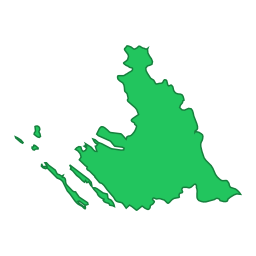 map outline of Zadarska (Equal Earth projection)
{"feature_id": "HRV-1493", "entity_name": "Zadarska", "entity_type": "County", "adm_level": 1, "iso_a3": "HRV", "parent_name": "Croatia", "parent_adm1": "", "projection": "equal_earth", "projection_center": [15.553, 44.407], "detail": "fine", "context": "isolated", "style": "filled", "palette": "green", "viewbox_px": 256, "rotation_deg": 0, "n_neighbors": 0, "source": "natural_earth", "source_scale": "10m", "svg_char_len": 5847}
<svg xmlns="http://www.w3.org/2000/svg" viewBox="0 0 256 256"><path d="M147.9,48.2L147.5,49.3L147.9,53.1L149.5,56.1L151.4,58.8L152.5,61.7L151.9,64.3L149.9,65.2L147.5,65.9L145.8,68.0L146.0,70.5L147.3,73.1L150.2,77.6L150.8,78.4L153.6,80.1L154.5,81.5L155.2,83.0L156.2,84.0L157.9,83.8L159.1,83.4L161.1,83.3L162.1,83.0L163.0,82.0L163.6,80.7L164.4,79.8L165.9,79.9L166.7,80.7L167.8,85.0L168.7,85.9L169.7,85.6L170.7,85.1L171.5,85.2L172.8,86.8L173.7,90.6L175.2,92.7L176.4,93.4L177.9,93.9L180.7,94.2L182.1,94.9L183.0,96.3L183.6,98.2L184.0,100.2L182.9,100.8L182.4,102.8L180.5,105.1L179.6,107.5L182.0,109.9L184.4,110.2L188.6,108.4L191.1,108.8L192.4,110.5L193.2,113.1L193.8,116.1L196.7,123.5L197.5,126.4L197.5,128.7L196.8,129.8L195.1,131.0L195.0,132.2L195.4,131.7L196.7,131.8L198.9,132.3L201.3,133.8L202.5,134.9L202.9,136.4L202.6,138.9L202.2,140.2L201.0,142.7L200.7,144.3L200.8,146.6L201.9,151.3L204.1,157.9L206.0,160.5L211.1,165.6L212.8,168.3L215.4,174.3L217.2,176.9L219.4,179.0L220.7,180.0L221.9,180.6L223.1,180.7L226.2,180.5L227.3,181.0L228.9,183.3L229.4,185.5L230.4,187.3L235.5,189.0L237.5,190.5L239.4,192.5L240.6,194.3L236.8,193.9L234.0,194.9L230.1,197.3L227.9,199.2L227.5,200.7L227.0,201.2L225.8,201.6L223.8,201.6L220.1,200.6L219.3,199.1L217.7,198.4L217.0,198.4L216.3,198.4L215.7,198.7L214.5,199.5L206.1,201.8L203.6,201.9L201.5,201.5L198.9,200.5L197.7,199.2L197.1,197.9L197.0,196.7L197.0,193.6L197.2,191.5L197.0,189.4L196.4,187.5L196.5,186.1L196.4,185.4L195.5,184.2L194.3,184.3L191.3,187.0L189.8,187.7L188.9,187.8L186.6,187.3L183.7,187.3L182.9,187.5L182.5,187.9L182.0,188.7L181.8,189.4L182.0,190.3L182.6,191.7L182.5,192.2L182.1,192.7L180.0,193.2L179.4,193.9L179.0,194.9L179.3,197.1L178.7,197.5L174.4,198.3L173.6,198.6L171.7,199.9L169.4,202.4L168.6,203.0L168.2,203.2L167.8,203.2L167.1,202.8L164.4,200.1L160.2,198.7L158.8,198.6L156.4,199.0L155.8,198.8L154.1,198.0L153.6,198.0L153.2,198.1L152.6,198.9L152.5,199.3L152.8,199.8L154.3,201.4L154.3,201.8L154.1,202.3L153.1,203.7L152.4,204.3L150.8,205.2L150.4,205.7L150.0,207.8L149.5,208.5L148.7,209.3L148.0,209.4L147.3,209.3L145.0,208.2L142.4,206.2L141.9,206.2L137.5,209.7L136.9,210.1L136.3,210.1L132.1,206.7L129.5,205.1L126.2,208.2L123.6,204.5L122.1,202.9L120.4,202.3L118.6,202.0L117.6,201.7L116.7,201.3L115.5,200.4L113.5,197.1L107.2,189.8L104.1,185.5L102.0,183.5L99.6,182.6L94.8,176.9L94.9,176.4L89.6,171.1L88.3,170.4L87.2,169.5L86.8,168.5L87.2,166.9L85.4,165.7L79.3,159.8L81.1,157.1L80.2,153.7L77.8,150.8L75.3,149.3L76.7,147.8L78.9,146.6L80.8,146.9L81.7,149.8L83.0,151.5L85.5,150.4L86.7,148.1L84.1,146.2L85.0,145.9L85.1,145.6L85.7,146.2L86.5,146.2L85.9,144.3L85.6,143.7L91.3,147.3L93.7,150.2L95.0,151.3L96.9,151.4L95.3,146.2L96.3,145.9L96.8,145.4L97.7,144.1L96.2,143.6L94.9,142.5L93.8,140.9L92.9,139.0L95.2,139.8L98.4,142.5L101.7,143.7L110.1,148.1L111.9,148.8L121.1,150.1L123.7,149.9L124.1,148.2L122.4,147.2L114.8,146.2L114.2,145.7L110.7,141.4L109.8,140.8L98.4,135.7L96.7,134.1L99.3,128.8L99.8,128.1L100.7,127.1L101.7,126.7L102.6,126.8L103.4,127.0L104.9,127.9L107.4,130.0L109.2,131.8L110.4,132.5L120.9,133.8L122.2,134.9L126.1,139.3L127.0,136.8L128.4,136.1L129.6,136.0L131.1,135.4L132.4,134.2L134.2,132.0L135.2,130.3L135.9,128.6L136.4,127.1L136.5,126.1L136.3,125.5L135.0,124.6L134.7,124.2L134.5,123.1L134.2,122.7L132.1,121.6L131.6,121.0L131.3,120.2L131.7,119.5L132.6,118.6L138.6,114.5L136.7,109.6L135.0,107.5L128.0,101.4L127.5,100.4L127.5,99.7L128.1,98.7L128.2,98.3L127.2,94.0L126.7,93.2L124.9,91.4L124.6,90.3L124.4,87.5L124.0,85.2L123.3,83.8L122.7,82.8L119.9,81.0L119.1,80.3L118.0,79.1L117.6,77.8L117.6,76.5L117.9,75.9L118.7,75.7L122.9,75.7L123.8,75.6L124.6,75.2L125.9,74.3L127.2,73.7L128.4,72.8L131.7,70.9L132.3,70.1L132.6,69.0L132.4,68.3L132.0,67.9L130.1,67.5L129.4,67.2L128.1,66.2L126.2,65.4L124.4,64.1L123.7,63.4L123.6,63.0L123.9,62.6L126.2,61.0L127.6,59.6L128.5,56.6L128.1,54.6L125.1,50.6L124.7,49.9L124.5,49.3L124.6,48.8L124.7,48.5L125.7,47.6L126.8,46.0L127.5,45.9L128.6,46.1L131.0,47.0L133.5,48.9L134.5,49.1L136.7,48.1L138.8,46.2L139.3,46.2L139.9,46.3L142.6,48.0L144.4,48.4L145.2,48.9L146.9,49.0L147.9,48.2ZM79.2,197.1L87.6,202.7L88.0,204.4L85.1,205.3L79.3,201.0L77.9,201.4L78.4,201.9L79.2,203.4L82.1,205.4L82.8,206.0L83.7,206.6L84.6,206.5L85.3,206.7L85.5,208.0L85.0,208.8L83.9,208.1L82.8,207.0L82.4,206.5L78.2,204.2L76.5,202.7L74.8,200.8L70.1,194.1L67.3,190.9L62.7,181.5L60.4,179.4L57.1,178.0L47.3,168.1L47.0,166.4L46.4,165.0L44.9,162.8L45.6,162.7L46.5,162.8L48.8,165.3L55.3,170.1L57.1,173.8L58.0,174.3L59.6,174.8L60.7,175.6L61.7,176.1L63.2,175.3L62.4,177.4L64.1,177.6L65.0,178.5L65.5,180.0L65.6,182.0L66.1,183.9L67.2,185.4L72.6,191.0L73.9,191.7L75.6,191.9L76.0,192.6L79.2,197.1ZM97.7,194.5L97.0,192.8L93.9,189.4L92.8,187.8L95.1,187.8L96.9,188.6L103.2,193.0L107.2,194.0L107.5,194.8L107.8,197.4L108.0,198.2L108.7,199.0L110.3,199.6L111.2,200.2L112.1,201.3L113.2,202.9L114.0,204.8L114.4,206.5L112.7,205.7L109.8,205.2L109.4,204.6L109.2,203.9L108.8,203.4L105.8,202.5L104.2,201.7L103.2,200.2L103.7,199.8L104.0,199.2L102.4,198.6L100.3,197.3L98.5,195.7L97.7,194.5ZM92.0,186.7L90.6,185.2L89.5,183.1L88.4,181.8L87.2,182.6L86.5,182.6L86.3,181.9L85.6,180.5L84.4,182.2L82.2,180.5L79.7,177.8L76.6,175.4L72.6,170.7L70.4,169.1L70.7,168.4L71.2,168.1L69.7,164.9L88.7,179.4L91.2,182.3L92.0,186.7ZM39.0,132.2L39.9,133.7L40.5,136.4L39.3,137.4L37.5,136.9L36.2,136.0L34.1,134.3L34.3,133.0L35.5,131.2L35.0,126.5L36.0,126.1L37.3,126.0L38.7,126.6L39.6,128.0L39.8,129.5L38.9,131.7L39.0,132.2ZM34.5,145.2L36.1,146.2L38.2,148.1L38.0,149.0L36.3,149.0L35.2,149.2L34.5,150.0L33.2,149.8L32.0,148.2L32.1,147.0L33.3,146.9L33.7,146.4L33.7,145.3L34.5,145.2ZM17.5,137.8L21.0,140.1L23.1,142.6L22.6,143.2L20.7,142.2L15.8,138.0L15.4,136.8L17.5,137.8ZM44.1,166.9L45.0,166.3L45.8,166.4L46.5,167.0L47.2,168.1L45.6,168.7L43.2,167.9L41.4,166.2L41.7,163.8L42.3,165.5L43.2,166.5L44.1,166.9Z" fill="#22c55e" stroke="#15803d" stroke-width="1.5"/></svg>